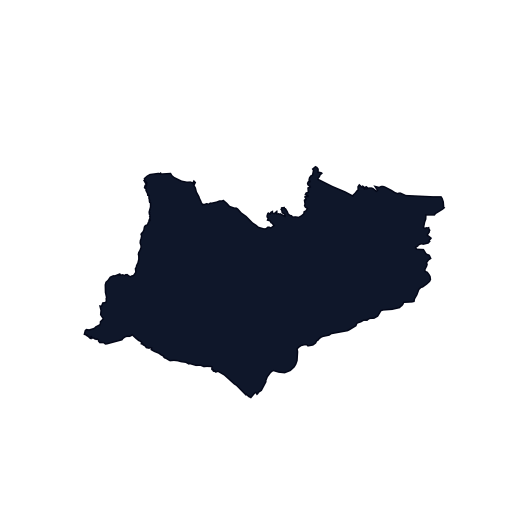 outline of Panatau, Buzau, Romania, rotated 235°
{"feature_id": "2599482B60212068774024", "entity_name": "Panatau", "entity_type": "district", "adm_level": 2, "iso_a3": "ROU", "parent_name": "Romania", "parent_adm1": "Buzau", "projection": "natural_earth1", "projection_center": [26.419, 45.304], "detail": "fine", "context": "isolated", "style": "filled", "palette": "ink", "viewbox_px": 512, "rotation_deg": 235, "n_neighbors": 0, "source": "geoboundaries", "source_scale": "gbopen_adm2", "svg_char_len": 6122}
<svg xmlns="http://www.w3.org/2000/svg" viewBox="0 0 512 512"><g transform="rotate(235 256 256)"><path d="M187.6,437.9L188.9,437.8L189.5,438.4L192.9,440.4L196.3,441.4L198.3,441.5L202.6,435.3L219.6,413.3L224.7,410.3L225.5,409.1L225.7,407.9L228.2,406.1L231.9,404.6L238.7,401.0L240.2,399.8L241.1,398.4L241.5,396.3L241.9,395.8L244.7,393.4L240.1,393.3L239.9,391.7L244.0,390.5L245.3,389.7L246.9,387.4L247.4,385.7L247.9,386.4L249.4,386.1L249.6,385.2L248.5,383.8L248.5,383.4L250.2,383.3L250.2,383.8L250.7,383.9L251.8,383.5L251.3,383.0L251.8,382.2L255.0,381.4L254.2,379.3L251.4,377.5L251.5,376.4L250.5,373.2L250.1,370.4L249.6,369.7L257.4,365.7L269.2,358.3L283.3,350.7L284.3,351.7L284.6,353.3L285.7,354.9L286.0,357.4L286.5,357.3L288.2,355.9L288.8,354.7L289.3,354.7L289.7,355.4L291.6,356.7L293.7,356.6L295.0,355.9L294.7,352.3L293.2,352.3L289.8,348.7L290.1,346.9L289.6,345.7L289.6,345.1L288.2,343.4L287.3,343.1L286.5,343.2L285.9,342.7L285.8,342.4L286.9,341.8L286.0,340.0L284.5,339.4L282.2,340.2L281.5,340.1L281.9,337.6L278.1,335.4L278.8,333.3L278.1,331.8L275.5,333.2L275.0,332.9L274.8,332.7L275.9,331.6L276.6,330.3L275.8,329.8L274.6,329.9L273.6,329.3L273.6,328.8L274.0,328.2L273.9,327.7L270.4,326.0L269.4,324.7L267.8,324.5L265.3,325.4L264.3,322.7L264.6,320.8L263.1,319.4L262.8,316.4L263.1,313.1L265.3,310.8L266.7,308.5L267.5,308.1L268.5,308.2L269.8,307.0L272.0,306.4L274.4,307.0L277.7,307.2L278.6,306.5L279.5,306.9L280.7,304.6L280.0,304.1L279.8,303.3L278.3,303.3L277.0,302.5L275.7,302.6L275.0,302.9L274.7,303.5L273.5,303.5L271.9,302.4L276.6,300.0L276.7,299.3L277.8,298.5L278.4,297.2L279.5,297.2L279.9,298.3L280.6,298.6L280.2,295.1L281.9,294.1L283.0,294.9L283.2,293.3L282.3,291.6L284.1,290.7L283.9,289.9L282.4,288.0L281.5,287.5L280.1,287.8L278.8,286.0L276.8,287.7L274.6,287.5L273.5,288.1L270.5,288.1L270.4,284.2L272.0,283.3L272.8,282.2L272.5,279.9L273.6,278.0L278.2,274.3L281.1,273.6L285.1,272.0L294.1,270.5L299.7,268.5L305.0,267.9L306.5,267.3L307.6,265.7L311.8,262.7L315.9,262.2L320.2,261.1L320.5,259.8L322.0,257.6L322.6,254.9L324.7,249.8L325.5,248.9L325.5,246.9L327.1,245.6L327.9,242.8L328.5,242.4L328.4,241.8L331.4,241.7L332.1,242.1L335.9,242.7L337.3,243.2L342.7,243.8L346.5,245.3L349.5,245.6L351.0,248.4L353.0,248.1L352.6,247.3L351.4,246.7L351.5,245.9L352.5,245.8L354.2,244.6L356.0,241.7L360.0,237.9L367.4,233.8L370.1,233.1L372.6,233.3L377.5,225.3L378.6,225.4L378.6,225.0L378.1,225.0L378.1,224.5L379.6,223.4L383.5,215.9L383.8,212.7L383.4,209.0L381.5,208.1L381.8,207.6L379.9,207.4L379.8,208.5L378.5,208.5L378.1,208.0L378.6,207.6L378.1,207.4L378.2,207.1L377.8,207.0L377.7,207.7L376.9,207.0L377.0,206.5L376.6,206.1L377.2,206.2L377.4,205.7L375.9,203.9L373.8,204.3L373.2,204.1L372.8,203.5L369.3,203.0L367.8,202.2L367.0,203.0L364.4,201.3L362.5,200.8L362.4,200.3L360.9,199.7L360.0,200.1L356.6,197.7L353.2,193.6L352.6,193.8L351.7,192.7L350.9,192.8L349.6,192.2L349.4,191.7L349.1,191.8L347.6,190.6L346.9,189.4L346.7,190.0L345.9,189.7L345.4,187.4L344.0,185.3L343.9,183.8L344.3,183.1L344.1,182.0L343.7,181.2L341.4,178.9L340.0,176.0L340.3,175.5L339.7,174.3L338.0,173.8L336.1,171.9L334.9,170.1L333.1,168.6L330.4,167.8L328.9,166.8L327.1,164.2L326.1,162.0L324.8,160.6L323.4,160.1L320.6,158.2L318.0,155.3L316.7,152.8L315.4,151.5L314.8,150.0L312.0,148.5L311.4,147.8L310.2,144.4L310.9,142.8L310.9,141.4L312.6,140.3L314.6,139.8L315.4,138.6L315.3,137.3L317.1,135.9L318.0,133.9L318.5,133.4L318.6,134.1L319.4,134.1L320.6,129.0L321.6,127.7L322.2,124.5L320.8,120.7L320.5,118.1L318.8,116.0L312.5,111.8L307.6,109.8L307.2,109.0L305.0,107.6L304.1,106.2L305.4,103.6L303.4,100.6L304.5,99.5L300.3,97.9L297.0,95.1L292.4,95.0L292.0,94.5L291.4,90.9L289.9,89.8L289.2,88.6L289.8,84.0L289.5,83.0L289.6,81.4L291.1,76.9L293.0,74.9L292.8,73.4L290.3,70.5L288.2,72.1L288.0,71.7L286.2,72.5L283.6,73.0L283.1,73.5L284.4,74.3L284.6,74.7L284.4,75.0L282.9,74.6L281.7,76.2L280.7,76.3L280.4,76.8L279.4,77.2L279.1,78.3L277.6,78.9L276.7,78.3L274.7,78.4L272.4,81.6L270.3,82.2L269.6,83.5L264.3,98.1L264.8,99.5L264.9,102.1L264.4,104.0L262.7,106.4L262.4,108.1L262.6,109.4L256.6,110.7L255.2,111.3L254.5,111.2L252.5,112.4L251.0,112.9L250.4,112.7L250.4,112.2L249.9,111.7L248.2,113.0L247.7,112.7L246.6,113.5L243.8,113.7L242.0,115.4L241.2,117.3L240.4,117.8L239.4,116.5L236.1,118.1L232.3,120.6L229.2,121.7L227.5,122.8L226.5,123.0L227.1,122.6L226.5,122.5L224.9,122.8L223.9,123.6L220.1,125.3L219.5,125.7L217.7,128.9L215.1,131.9L212.4,134.1L209.2,137.6L206.1,139.1L206.4,139.7L200.9,144.1L198.3,148.0L195.3,149.9L193.9,152.4L191.3,155.8L190.4,156.5L188.6,154.9L187.6,155.0L187.3,155.7L186.1,155.1L185.4,155.7L185.4,156.4L184.0,156.5L183.4,158.8L176.7,161.9L163.6,164.9L161.3,165.9L148.1,168.1L148.3,168.8L145.4,169.4L145.5,169.7L144.5,169.8L144.6,170.2L143.0,170.6L144.6,176.5L144.5,177.6L142.2,177.5L142.4,178.8L143.0,179.6L142.9,183.3L147.3,191.9L148.4,192.6L150.6,195.9L152.2,200.7L152.5,202.9L152.2,204.6L147.8,208.1L144.0,212.5L142.6,218.4L143.3,223.6L144.6,226.5L146.8,229.6L153.7,235.1L156.4,236.4L156.8,238.9L156.8,241.6L155.7,244.5L154.3,246.7L152.6,247.0L150.5,251.6L150.6,254.9L151.8,257.1L151.5,258.2L152.1,260.5L152.2,262.8L151.8,264.7L149.3,270.5L149.3,273.1L142.4,288.1L142.1,290.0L141.6,297.8L142.6,299.2L143.1,300.5L142.0,304.1L141.7,307.4L139.7,310.2L139.9,311.8L139.6,313.5L137.4,317.0L137.0,321.1L139.6,327.0L138.9,329.2L134.3,336.9L131.4,344.0L131.8,345.6L131.7,346.7L132.2,348.5L133.4,350.4L129.0,357.4L128.2,359.4L130.0,361.2L132.0,365.5L135.2,370.1L135.7,373.0L135.1,374.8L135.2,379.7L135.7,383.6L136.7,385.4L139.4,386.8L141.5,387.0L144.5,386.9L146.1,385.8L147.2,386.0L148.1,386.6L150.0,390.1L151.2,391.5L152.4,391.4L152.9,392.2L153.9,395.1L153.8,397.7L156.5,398.2L157.5,398.2L159.3,396.9L160.6,396.5L165.2,396.8L169.4,391.4L171.4,391.5L171.6,391.7L171.4,394.2L171.9,395.1L171.6,397.3L171.1,398.6L169.7,399.9L167.9,404.5L168.4,406.7L169.1,406.5L169.9,407.6L169.8,408.5L170.2,409.6L173.5,408.7L174.4,408.1L175.3,409.0L176.3,411.7L176.8,411.9L177.5,413.1L178.6,413.0L180.2,413.7L180.7,412.2L181.5,411.6L181.5,410.3L183.2,409.5L187.1,413.6L188.9,416.2L192.2,418.7L187.3,425.7L187.9,427.4L187.4,435.5L187.6,437.9Z" fill="#0f172a" stroke="#020617" stroke-width="1.5"/></g></svg>